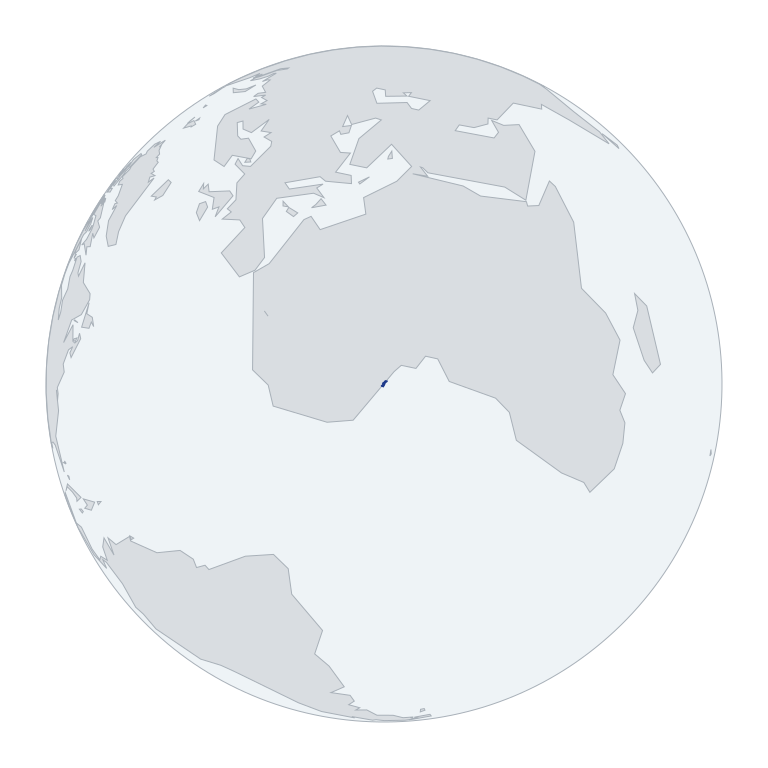 globe centered on Greater Accra, rotated 320°
{"feature_id": "GHA-2172", "entity_name": "Greater Accra", "entity_type": "Region", "adm_level": 1, "iso_a3": "GHA", "parent_name": "Ghana", "parent_adm1": "", "projection": "orthographic", "projection_center": [0.02, 5.749], "detail": "fine", "context": "on_globe", "style": "filled", "palette": "blue", "viewbox_px": 768, "rotation_deg": 320, "n_neighbors": 0, "source": "natural_earth", "source_scale": "10m", "svg_char_len": 9198}
<svg xmlns="http://www.w3.org/2000/svg" viewBox="0 0 768 768"><g transform="rotate(320 384 384)"><circle cx="384" cy="384" r="338" fill="#eef3f6" stroke="#a8b0b8"/><path d="M262.3,68.8L258.1,70.5L261.7,69.4L254.3,72.4L263.6,69.1L269.7,66.6L275.8,64.5L278.5,64.0L269.5,67.4L266.9,68.2L265.7,69.0L260.0,71.1L264.3,69.7L253.2,74.7L268.1,69.2L262.5,72.7L254.0,76.2L249.9,76.5L220.1,89.0L210.3,94.5L200.5,101.0L192.6,110.7L183.8,117.3L175.6,125.6L182.6,121.1L191.6,113.2L202.8,107.9L212.5,99.9L218.4,97.0L230.4,89.5L233.8,90.3L230.7,95.5L221.0,102.1L219.3,105.0L232.9,99.0L218.9,113.0L216.9,125.9L212.7,130.2L196.7,136.3L185.9,134.2L165.2,146.3L183.9,138.7L173.1,151.3L173.5,153.9L177.2,153.8L183.4,149.4L180.8,154.3L161.3,162.6L163.4,158.2L169.5,155.3L164.3,155.0L151.1,162.5L146.7,169.3L131.5,176.7L128.1,182.0L122.9,187.2L129.3,177.9L117.5,195.3L99.0,213.0L82.5,245.9L92.9,219.4L93.1,215.7L91.8,215.3L88.9,220.5L90.8,216.0L104.4,194.3L119.5,173.7L136.2,154.2L154.3,136.1L173.7,119.5L194.4,104.3L216.1,90.8L238.8,78.9L262.3,68.8ZM64.4,274.1L64.4,274.4L68.5,263.3L70.1,262.1L59.0,292.6L60.2,299.2L54.3,322.8L53.3,336.0L56.3,333.9L58.7,341.1L63.8,328.0L70.6,321.9L67.2,341.5L73.7,324.5L75.5,334.8L91.1,337.2L89.0,341.4L101.6,367.3L120.8,380.4L125.3,395.6L122.4,404.1L130.4,407.8L130.6,413.6L167.1,426.8L189.8,443.5L191.9,463.9L178.2,485.7L178.5,533.3L157.4,546.2L160.6,564.8L158.9,590.4L145.0,586.3L157.9,600.7L157.4,607.8L150.8,607.0L157.3,616.4L152.8,615.6L161.3,622.6L165.7,633.2L178.0,643.6L184.1,651.9L192.4,657.9L190.4,657.3L191.4,658.9L195.4,661.9L184.3,655.3L167.8,642.0L162.1,636.0L159.2,634.2L145.6,618.1L146.9,620.9L125.6,594.7L113.6,573.3L84.8,508.5L78.2,494.6L66.7,476.9L51.9,425.1L51.8,405.6L50.3,395.5L55.3,368.9L56.7,342.2L55.7,337.8L53.0,347.0L52.1,328.5L55.5,308.1L57.2,297.9L64.4,274.1ZM77.3,257.1L79.0,276.1L73.4,276.5L75.3,273.8L75.9,266.4L75.3,259.0L71.7,261.4L77.3,257.1ZM88.6,239.9L87.9,238.2L89.2,238.5L88.6,239.9ZM227.7,89.7L228.9,89.6L226.0,91.0L227.7,89.7ZM231.6,86.9L227.3,88.6L228.6,87.5L231.2,86.5L231.6,86.9ZM236.6,85.1L231.3,85.5L233.6,83.7L245.5,78.5L236.6,85.1ZM270.4,66.1L264.1,68.7L266.8,67.2L270.4,66.1ZM284.8,61.0L291.1,59.1L270.7,65.8L270.5,65.7L284.8,61.0ZM278.4,63.6L277.4,63.7L286.6,60.6L290.3,60.0L286.1,61.1L278.4,63.6ZM285.4,61.5L291.9,59.9L290.0,61.0L280.0,63.4L285.4,61.5ZM287.4,60.2L292.0,58.9L290.7,59.3L287.4,60.2ZM287.1,65.1L285.7,64.6L290.3,62.8L287.1,65.1ZM294.5,59.2L295.1,58.9L296.8,58.3L300.5,57.6L294.5,59.2ZM303.5,55.8L304.0,55.7L311.4,54.0L303.9,55.8L309.7,54.4L311.3,54.1L302.4,56.2L302.5,56.0L303.5,55.8ZM309.4,55.3L300.0,58.4L301.6,59.5L297.5,60.9L295.7,59.1L309.4,55.3ZM306.1,55.6L307.2,55.6L301.5,57.0L297.2,57.9L306.1,55.6ZM318.8,52.4L319.1,52.4L318.5,52.5L318.8,52.4ZM311.0,55.2L313.2,54.5L311.8,55.1L311.0,55.2ZM317.9,52.7L315.7,53.1L318.2,52.6L317.9,52.7ZM319.5,53.1L316.5,54.0L313.5,54.4L319.5,53.1ZM319.7,52.7L323.6,51.9L314.2,54.0L318.3,52.9L319.7,52.7ZM320.6,52.2L321.3,52.0L321.1,52.2L320.6,52.2ZM332.7,51.5L321.6,54.0L315.0,54.8L326.6,52.1L332.7,51.5ZM206.8,668.6L187.1,657.3L196.4,662.7L193.0,658.7L206.9,666.6L206.8,668.6ZM201.0,658.5L202.9,656.7L206.2,658.5L205.7,660.2L201.0,658.5ZM462.4,55.3L470.9,57.5L470.1,57.2L493.4,64.3L516.1,73.0L538.2,83.3L559.4,95.2L579.8,108.6L599.1,123.4L617.3,139.6L634.3,157.0L650.0,175.6L664.3,195.3L677.2,216.0L688.5,237.6L698.3,259.9L695.5,253.1L698.0,262.5L704.4,297.4L711.2,329.4L710.8,344.7L695.5,300.6L684.3,271.0L681.5,274.8L663.6,251.9L640.4,254.4L634.7,247.2L630.8,251.6L617.8,245.5L608.2,233.9L601.4,235.7L626.5,266.3L633.5,264.8L635.9,251.3L641.9,262.8L654.2,272.1L649.2,302.8L610.8,334.4L603.1,310.8L553.4,250.4L552.7,243.4L552.3,242.6L551.4,241.2L551.0,252.9L541.1,241.4L571.9,283.2L578.8,302.1L610.3,335.9L608.4,340.0L617.3,346.8L641.2,334.8L642.2,342.8L633.3,382.0L596.8,437.6L599.4,472.1L593.0,502.1L565.3,524.0L562.8,546.6L547.8,555.7L543.6,568.6L528.8,583.0L505.8,597.0L472.1,599.3L473.8,587.9L462.8,566.2L449.2,512.2L461.8,486.3L460.4,466.6L435.6,424.0L441.3,399.3L433.7,389.4L418.5,392.6L409.2,380.8L399.7,381.0L337.1,391.9L315.8,376.7L284.9,329.7L294.6,310.4L292.4,288.7L355.6,214.8L373.4,218.0L428.3,206.6L435.9,208.7L434.3,224.7L479.3,242.2L488.2,228.1L524.1,236.9L545.0,235.1L543.9,205.2L509.7,207.3L499.0,193.8L522.5,179.9L551.7,180.0L548.5,174.9L526.0,164.4L528.6,154.9L517.8,160.2L525.2,165.0L518.6,169.0L511.4,165.0L512.6,161.4L502.7,159.8L499.5,178.6L506.7,185.5L483.1,190.6L492.9,203.1L487.9,209.6L469.6,191.1L468.3,184.1L437.5,166.2L436.8,173.8L465.8,191.7L458.5,190.6L457.8,202.7L452.7,192.6L421.2,172.8L397.3,179.1L373.8,210.3L358.3,213.9L342.1,209.0L343.6,179.0L378.0,174.7L379.0,165.6L366.1,153.7L377.6,154.0L376.6,149.1L389.0,147.7L400.6,135.4L412.3,133.6L411.2,119.9L417.1,117.5L416.0,125.9L421.6,131.5L450.1,129.1L453.9,126.0L450.9,117.7L459.1,118.8L452.5,111.2L466.1,107.5L444.0,106.2L439.9,98.1L445.0,91.9L439.6,89.4L431.4,99.9L431.7,104.5L438.2,108.6L435.5,123.1L427.0,126.1L414.8,111.3L401.3,114.6L397.8,103.1L422.3,79.5L435.4,75.4L469.1,83.3L469.3,87.6L457.3,86.6L473.6,94.1L469.8,90.3L476.6,91.7L474.4,85.8L479.1,86.6L468.9,80.0L474.4,80.4L480.8,84.5L482.2,77.6L492.2,77.9L490.3,76.1L485.3,74.1L501.3,76.7L499.2,75.3L493.1,73.8L484.9,70.4L476.6,65.8L482.6,66.9L486.4,68.7L503.3,74.9L512.5,80.5L514.1,80.6L507.6,76.1L486.9,68.4L480.2,65.4L490.1,68.4L486.0,67.0L484.5,66.0L488.7,66.3L477.8,63.0L453.8,53.7L459.1,54.5L462.4,55.3ZM339.3,251.1L338.8,257.5L339.3,251.1ZM586.7,196.5L601.5,196.6L587.8,179.4L592.3,178.4L586.0,173.4L586.7,178.2L570.2,164.7L574.0,159.5L568.6,152.6L563.4,152.4L559.0,164.4L582.6,183.2L582.2,190.6L586.7,196.5ZM91.7,337.0L93.2,341.2L90.3,340.8L91.7,337.0ZM70.2,284.1L71.7,285.1L71.7,288.4L70.0,288.9L70.2,284.1ZM88.8,289.7L91.7,292.1L87.6,292.9L88.8,289.7ZM79.8,278.7L86.4,288.5L78.7,292.6L74.9,286.8L78.9,286.1L79.8,278.7ZM82.9,250.3L83.3,252.1L81.6,255.4L82.9,250.3ZM89.5,240.3L89.0,240.4L89.8,237.5L89.5,240.3ZM174.2,150.7L175.7,150.2L178.3,151.3L174.9,153.0L174.2,150.7ZM203.4,145.4L198.5,153.4L199.6,148.4L193.8,151.7L188.9,146.1L210.3,132.2L201.5,139.1L203.4,145.4ZM188.3,136.1L189.0,140.3L187.4,136.3L188.3,136.1ZM358.5,127.3L364.6,129.6L362.6,135.1L347.7,140.3L350.4,132.1L358.5,127.3ZM373.7,131.9L365.8,117.4L374.7,114.5L371.1,118.4L377.8,117.9L373.6,124.3L389.9,136.9L389.3,142.8L362.1,147.4L371.4,142.2L364.8,139.8L373.7,131.9ZM329.8,94.4L326.5,90.5L350.1,88.9L350.5,92.8L335.7,97.4L326.6,95.6L329.8,94.4ZM258.7,76.8L255.9,77.2L258.3,76.0L262.7,74.7L258.7,76.8ZM286.0,65.0L273.5,74.4L269.6,75.1L266.9,81.1L255.7,85.6L257.8,81.3L247.2,89.9L244.6,87.9L238.5,93.8L244.5,83.9L241.8,83.2L249.1,82.0L259.4,77.8L263.1,75.7L271.5,69.9L270.7,67.5L280.9,63.8L288.3,61.8L290.0,61.8L282.9,64.0L290.3,62.5L281.3,65.8L286.0,65.0ZM368.8,54.5L359.8,54.8L373.2,56.7L364.2,58.1L366.3,58.3L361.8,60.5L359.9,63.6L355.1,64.2L356.4,65.3L353.4,67.1L353.6,69.0L345.2,70.9L344.7,73.5L341.0,73.0L342.5,77.2L337.6,75.0L333.2,77.9L340.3,78.4L294.1,89.0L278.6,96.7L268.3,104.8L261.2,101.3L266.3,92.1L278.0,81.8L294.0,75.5L287.9,75.7L293.8,72.9L296.1,74.0L296.0,70.8L301.4,69.0L311.9,62.9L308.3,60.7L312.0,58.8L316.1,58.8L316.9,57.1L327.3,56.1L330.2,54.9L343.3,53.3L349.6,54.8L352.4,53.5L362.5,52.9L368.8,54.5ZM336.4,51.0L346.0,51.3L345.8,52.6L323.0,55.0L318.9,56.2L304.4,58.8L305.0,57.2L309.1,56.5L313.2,55.5L311.4,56.3L315.9,54.9L321.7,54.1L326.9,52.9L328.6,53.2L336.4,51.0ZM441.8,202.4L447.1,202.7L454.9,201.6L454.6,209.7L441.8,202.4ZM420.1,189.0L424.6,187.6L427.9,197.5L422.3,197.6L420.1,189.0ZM424.2,179.1L424.6,186.8L421.1,182.7L424.2,179.1ZM419.9,124.7L424.3,123.3L425.9,125.2L424.7,128.3L419.9,124.7ZM406.7,64.0L401.5,63.1L402.2,62.4L395.0,59.2L401.0,58.4L407.7,60.0L406.7,64.0ZM539.7,210.6L535.4,216.6L531.5,214.1L533.7,212.5L539.7,210.6ZM494.2,213.0L506.0,216.0L494.0,215.2L494.2,213.0ZM412.1,62.6L408.4,61.3L413.7,61.8L412.1,62.6ZM405.1,57.8L410.8,58.0L400.9,58.0L405.1,57.8ZM592.4,644.3L589.7,647.9L587.4,648.6L592.4,644.3ZM635.4,493.1L608.4,546.7L596.8,548.1L598.5,533.1L611.1,501.1L625.8,490.8L634.1,475.8L635.4,493.1ZM712.0,332.4L716.2,350.9L715.3,354.7L712.0,332.4ZM458.6,60.4L461.9,65.1L468.2,69.4L478.1,72.6L465.6,70.7L455.8,64.0L458.6,60.4ZM453.8,54.1L445.1,52.3L447.8,52.5L450.1,53.0L453.8,54.1ZM449.3,53.3L440.7,52.4L435.1,51.2L443.0,52.1L449.3,53.3ZM426.7,55.6L427.3,56.8L422.9,56.2L426.7,55.6Z" fill="#d9dde1" stroke="#a8b0b8" stroke-width="1"/><path d="M387.8,383.9L386.0,383.8L385.8,383.8L385.6,383.9L385.4,383.9L385.3,384.0L385.2,384.0L384.8,384.1L384.7,384.2L384.6,384.4L384.3,384.4L384.2,384.5L383.6,384.9L383.5,385.0L383.4,385.0L382.1,385.4L381.8,385.5L381.7,385.2L381.6,384.9L381.4,384.8L381.3,384.7L381.2,384.7L380.9,384.1L380.9,383.9L381.0,383.8L381.3,383.8L381.5,383.9L381.5,384.0L381.8,384.1L382.0,384.1L382.2,383.9L382.3,383.8L382.5,383.8L382.8,383.9L383.0,383.8L383.0,383.7L383.1,383.4L383.2,383.2L383.5,383.1L383.6,382.7L383.8,382.7L383.9,382.8L384.0,382.7L384.3,382.6L384.5,382.6L384.6,382.8L384.8,382.9L384.9,383.0L385.0,383.0L385.2,383.3L385.3,383.3L385.4,383.2L385.5,383.1L385.8,382.9L385.8,382.7L386.0,382.6L386.7,382.5L387.2,382.6L387.3,382.7L387.4,382.8L387.6,383.3L387.7,383.5L387.8,383.5L388.0,383.6L388.1,383.8L387.8,383.9L387.8,383.9Z" fill="#3b82f6" stroke="#1e3a8a" stroke-width="1.5"/></g></svg>